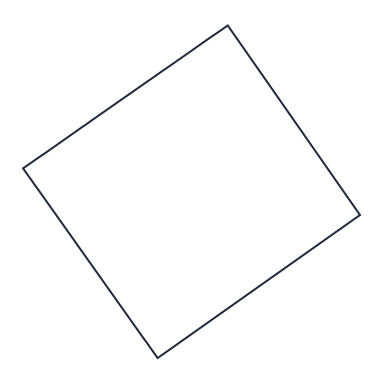 the district of Morton, Kansas, United States of America, rotated 55°
{"feature_id": "52423323B48743122648364", "entity_name": "Morton", "entity_type": "district", "adm_level": 2, "iso_a3": "USA", "parent_name": "United States of America", "parent_adm1": "Kansas", "projection": "equal_earth", "projection_center": [-101.947, 37.191], "detail": "fine", "context": "isolated", "style": "outline", "palette": "slate", "viewbox_px": 384, "rotation_deg": 55, "n_neighbors": 0, "source": "geoboundaries", "source_scale": "gbopen_adm2", "svg_char_len": 430}
<svg xmlns="http://www.w3.org/2000/svg" viewBox="0 0 384 384"><g transform="rotate(55 192 192)"><path d="M307.2,67.6L76.1,67.2L76.1,76.1L75.9,90.1L76.0,117.3L76.0,124.8L75.9,149.7L75.8,223.0L75.8,233.6L75.9,241.8L75.8,245.2L75.9,290.3L75.9,290.7L75.9,292.1L75.8,293.0L75.8,296.8L75.7,316.8L82.4,316.8L95.7,316.7L142.5,316.4L286.2,315.6L286.7,315.5L308.3,315.4L307.2,67.6Z" fill="none" stroke="#1e293b" stroke-width="2"/></g></svg>